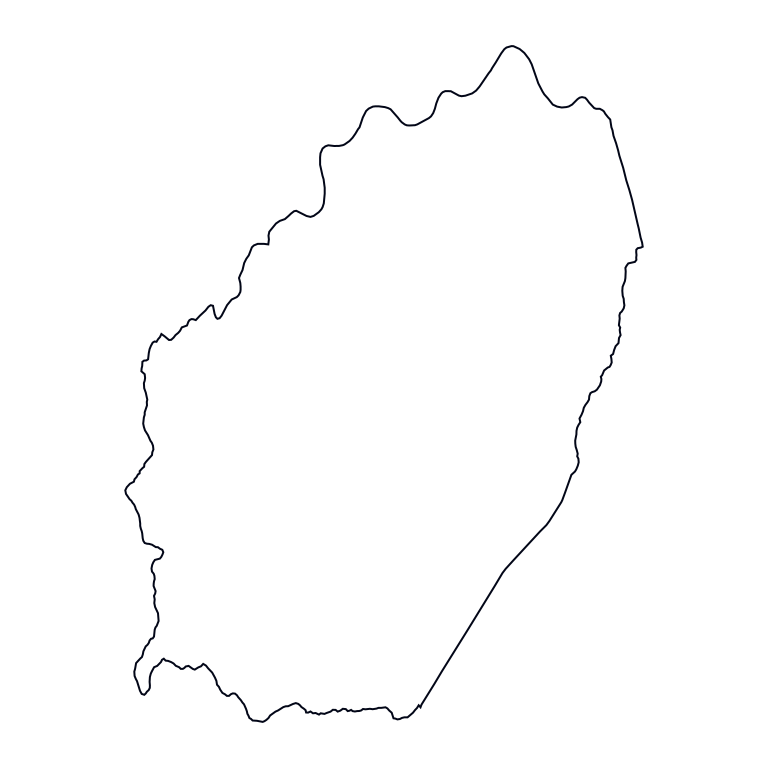 the district of Santa Rita de Cássia, Bahia, Brazil
{"feature_id": "56859067B19428837054572", "entity_name": "Santa Rita de Cássia", "entity_type": "district", "adm_level": 2, "iso_a3": "BRA", "parent_name": "Brazil", "parent_adm1": "Bahia", "projection": "equal_earth", "projection_center": [-44.604, -10.985], "detail": "fine", "context": "isolated", "style": "outline", "palette": "ink", "viewbox_px": 768, "rotation_deg": 0, "n_neighbors": 0, "source": "geoboundaries", "source_scale": "gbopen_adm2", "svg_char_len": 6082}
<svg xmlns="http://www.w3.org/2000/svg" viewBox="0 0 768 768"><path d="M161.4,334.0L160.0,337.0L158.0,339.3L156.5,341.8L154.5,341.5L152.7,342.6L150.9,345.9L149.6,349.1L148.8,353.0L148.1,359.3L146.4,360.4L144.0,360.6L142.4,361.8L142.2,366.0L141.6,368.5L141.4,371.3L144.7,374.2L145.1,378.0L144.7,380.7L143.9,383.1L144.2,388.2L145.8,392.7L147.3,399.7L146.8,401.9L147.0,405.4L144.7,412.3L144.7,414.8L143.9,417.3L143.2,423.6L143.9,427.0L145.0,430.4L148.0,435.2L150.4,440.7L151.8,442.7L153.0,445.7L153.4,449.5L152.3,452.3L152.0,455.1L146.0,461.8L144.4,464.0L144.1,466.8L142.4,468.2L139.7,471.1L139.6,473.4L137.9,474.5L136.6,477.0L134.5,479.3L133.9,481.7L129.9,483.8L126.8,487.2L125.3,490.3L126.0,493.9L129.6,499.2L131.3,500.7L132.5,502.7L134.1,504.6L135.2,507.0L135.8,509.1L138.6,514.5L139.5,517.8L139.9,521.0L140.2,523.4L140.2,525.9L140.8,528.6L141.7,531.1L142.2,533.3L142.7,538.2L143.3,540.8L144.7,543.0L146.9,543.7L149.2,543.9L152.0,544.7L155.8,547.1L157.9,547.2L159.9,548.7L162.3,549.8L163.3,552.2L162.5,554.5L161.3,556.9L159.9,558.6L154.9,559.9L153.3,562.3L152.2,564.9L151.5,568.5L152.0,571.6L153.7,573.7L154.4,575.8L154.7,579.1L154.0,581.3L153.7,583.5L153.6,586.0L155.6,591.1L155.2,593.5L154.0,595.9L154.7,599.3L154.3,603.1L155.1,607.0L158.0,613.2L158.6,621.0L156.7,625.9L155.5,627.4L154.7,629.7L154.0,636.6L152.7,638.4L151.0,638.8L149.6,640.5L148.8,642.9L147.5,644.8L145.7,646.4L143.4,651.3L142.8,654.5L141.9,657.1L140.3,658.5L136.1,663.1L135.1,668.8L134.3,671.6L134.6,676.0L135.9,679.1L137.0,681.1L140.0,690.8L141.7,693.9L144.3,694.8L145.8,693.4L146.9,691.7L148.7,690.1L149.8,687.9L149.9,685.3L149.6,681.9L149.9,677.0L150.8,673.6L151.9,671.3L154.1,667.2L157.2,665.9L161.0,662.0L162.0,659.8L163.8,658.7L165.6,660.6L168.1,660.9L171.2,662.1L173.6,663.5L175.8,665.8L179.1,667.2L180.8,668.9L182.8,668.9L184.4,667.9L185.7,666.5L188.6,665.9L192.8,668.9L194.8,669.6L198.3,667.4L201.0,666.3L203.2,663.9L206.0,665.6L208.1,668.3L212.2,672.6L215.0,677.7L216.4,680.9L217.0,684.7L218.9,686.8L220.2,689.6L222.4,692.9L225.0,694.3L226.9,695.9L229.0,695.9L230.9,694.2L232.8,693.4L235.0,693.6L237.0,695.3L238.2,697.2L240.9,700.2L242.4,702.5L244.0,704.3L246.0,708.8L246.9,711.4L247.4,713.8L248.4,715.5L249.4,718.0L251.1,719.0L252.6,720.5L257.0,720.8L262.7,721.9L264.4,721.2L266.4,719.9L268.5,718.0L270.1,715.5L275.5,711.6L278.0,710.5L283.3,707.1L285.7,706.3L288.2,706.2L292.9,704.0L295.8,703.1L298.3,703.9L300.1,705.4L301.4,707.0L304.0,708.8L305.6,710.2L306.1,712.5L308.1,712.6L310.5,711.5L313.0,713.3L315.6,713.0L319.0,714.6L320.7,713.3L324.5,713.9L326.6,713.0L330.6,711.6L332.8,709.8L335.6,709.9L337.7,711.6L340.4,710.6L342.8,708.8L345.8,709.1L347.7,711.1L349.5,710.7L351.1,709.9L352.6,711.1L354.9,711.5L357.0,711.1L359.2,711.0L361.1,710.5L363.0,709.0L365.5,709.3L369.9,708.8L372.7,709.2L376.5,708.6L378.4,707.9L381.0,707.9L385.5,707.3L387.4,708.4L389.2,710.5L391.7,712.7L393.5,718.3L395.4,718.6L397.4,719.4L399.9,719.0L402.0,717.9L404.5,717.3L407.6,717.3L413.0,712.7L415.0,710.1L417.0,708.0L418.7,705.3L420.5,707.3L421.5,704.6L434.3,684.0L441.9,671.3L467.4,630.4L494.6,586.2L502.5,573.0L505.6,568.9L513.5,560.2L540.1,531.4L546.4,525.1L549.4,521.0L561.3,502.2L562.3,500.1L565.1,492.5L571.4,474.8L575.0,471.5L576.3,469.3L577.8,465.7L578.7,462.3L578.4,458.7L577.2,456.3L577.7,453.7L576.7,449.9L575.7,446.9L575.3,443.7L575.2,440.6L576.4,434.4L576.5,430.9L577.2,427.6L578.6,424.8L580.3,422.2L579.5,418.5L581.5,414.8L583.0,411.2L583.8,407.8L585.5,404.8L587.5,402.2L589.0,399.6L589.3,396.1L590.4,393.2L592.1,392.1L594.7,391.3L596.9,389.7L599.9,385.3L601.2,381.5L601.4,379.0L600.8,376.7L602.1,375.3L604.1,370.5L607.8,367.5L609.5,366.9L610.6,365.2L611.7,362.5L611.4,358.9L610.8,355.7L613.1,354.0L614.1,350.1L615.6,346.2L618.5,343.1L619.0,338.0L620.6,335.1L620.0,332.3L619.7,329.8L620.2,327.6L618.9,325.2L619.7,318.6L619.4,315.4L620.1,313.0L621.7,311.6L623.7,308.4L624.4,305.3L623.9,302.1L623.7,298.8L622.7,295.8L622.3,290.8L622.6,286.8L624.9,281.1L625.4,278.1L625.7,271.4L625.4,267.9L626.6,265.7L628.3,263.4L634.9,261.9L636.4,259.9L636.2,257.7L636.5,255.1L636.2,252.1L636.3,249.7L637.7,248.2L640.8,247.6L642.7,246.7L642.1,242.6L640.6,237.6L638.7,228.3L637.7,224.3L632.1,199.9L629.4,190.2L626.3,180.4L623.2,167.9L619.4,155.8L618.1,150.3L616.1,143.3L613.5,135.8L612.5,130.3L611.4,127.3L610.2,119.5L608.0,117.2L605.3,113.8L603.9,111.4L602.4,110.2L599.8,108.8L596.2,108.8L594.2,108.1L589.1,102.6L587.0,99.7L585.2,97.8L582.0,97.1L579.6,97.7L577.5,99.2L572.1,104.6L568.7,106.5L566.2,107.1L561.7,107.5L557.1,106.6L552.8,104.6L547.9,98.4L544.3,94.4L542.5,91.5L538.3,83.4L531.7,64.3L529.1,59.2L524.3,52.9L519.6,49.0L513.5,46.2L511.5,46.1L506.5,47.5L504.3,49.2L501.2,53.4L495.6,62.7L492.1,68.1L490.9,70.4L488.6,73.3L479.6,86.5L476.1,90.6L472.2,93.4L465.4,95.7L461.5,96.2L458.9,95.6L450.8,91.2L445.3,91.1L442.7,92.2L441.2,93.6L438.5,97.7L436.3,103.4L434.9,108.7L433.2,113.1L431.0,116.4L428.9,118.1L417.3,124.4L415.0,125.2L409.2,125.5L406.8,125.3L404.8,124.5L401.8,122.3L400.3,120.7L397.8,117.5L390.6,109.3L388.2,108.1L384.9,107.1L378.6,106.3L375.5,106.3L372.9,106.6L368.7,108.6L366.1,111.0L362.8,117.5L359.5,127.4L358.1,129.1L355.4,133.7L352.6,137.7L349.5,141.0L344.5,144.5L342.8,145.2L339.2,145.9L334.2,146.0L328.3,145.3L325.4,146.3L322.6,148.5L320.5,153.3L320.1,157.2L320.1,164.8L322.5,175.7L323.6,179.3L324.7,187.8L324.7,193.8L323.8,203.4L322.6,207.1L321.4,209.3L318.8,212.2L313.7,215.9L310.5,216.9L306.6,216.0L296.3,210.8L294.1,211.2L291.1,213.5L288.6,215.9L284.9,219.1L279.8,220.9L276.0,223.5L269.3,231.7L268.5,235.6L268.9,239.5L268.3,244.4L264.2,243.9L257.6,243.9L253.9,245.4L251.9,247.3L248.8,255.3L246.3,258.8L244.2,263.0L242.5,270.1L240.3,274.7L239.0,278.0L240.3,283.0L240.6,286.5L240.6,289.8L240.3,292.0L238.6,295.3L236.8,297.1L231.7,299.5L227.1,305.1L221.6,315.7L219.6,318.2L217.4,318.8L215.9,317.3L214.6,313.9L213.0,305.8L210.7,305.2L208.4,306.8L205.5,310.5L199.9,315.7L195.8,320.1L193.1,319.2L191.4,319.1L189.5,320.1L188.4,321.7L187.0,325.5L181.8,327.4L180.1,330.7L178.3,332.8L175.5,335.1L173.6,337.6L171.2,339.8L169.0,340.0L164.6,336.3L161.4,334.0Z" fill="none" stroke="#020617" stroke-width="2"/></svg>